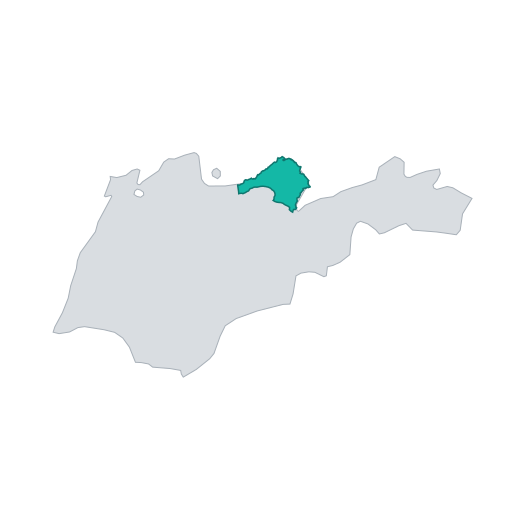 location of Vardenis, Gegharkunik, Armenia, rotated 299°
{"feature_id": "60910142B17945932108202", "entity_name": "Vardenis", "entity_type": "district", "adm_level": 2, "iso_a3": "ARM", "parent_name": "Armenia", "parent_adm1": "Gegharkunik", "projection": "mercator", "projection_center": [45.706, 40.224], "detail": "fine", "context": "in_parent", "style": "filled", "palette": "teal", "viewbox_px": 512, "rotation_deg": 299, "n_neighbors": 0, "source": "geoboundaries", "source_scale": "gbopen_adm2", "svg_char_len": 7509}
<svg xmlns="http://www.w3.org/2000/svg" viewBox="0 0 512 512"><g transform="rotate(299 256 256)"><path d="M230.4,309.0L226.8,303.1L208.6,283.8L191.7,269.0L180.1,262.9L168.5,263.5L150.4,266.5L143.7,265.3L127.9,258.8L114.8,251.1L116.6,247.9L119.4,245.6L116.0,235.6L108.7,219.5L109.5,214.4L107.2,207.4L104.6,202.1L114.9,189.5L119.7,179.3L120.7,169.4L117.9,159.0L111.1,140.3L107.0,134.9L99.2,129.8L92.6,121.4L91.0,115.5L96.5,114.4L112.5,114.2L128.1,112.2L140.3,108.3L157.9,105.0L165.2,102.1L173.7,100.7L199.4,103.8L209.1,101.4L238.1,101.0L238.8,99.8L234.9,95.8L234.9,94.3L252.2,91.8L254.9,89.9L257.1,96.2L263.6,103.2L270.7,106.1L274.5,109.9L274.7,112.9L262.1,116.4L261.3,118.2L262.1,119.9L265.9,120.8L283.4,129.6L293.4,129.8L298.7,132.4L301.3,137.7L309.7,144.8L316.4,151.7L316.8,154.1L315.5,157.6L296.8,171.1L294.5,175.7L294.2,180.6L302.4,195.2L314.5,211.2L331.9,223.3L356.0,236.4L356.3,244.5L352.4,254.1L349.2,260.6L347.7,265.0L344.8,266.9L320.9,266.5L317.3,268.1L315.7,269.9L315.6,271.5L324.2,274.4L337.6,284.7L345.3,294.7L353.4,299.0L362.4,306.9L369.6,314.3L380.9,323.8L393.4,320.7L410.2,329.2L410.9,334.9L409.8,340.1L399.3,345.7L398.0,348.0L398.0,349.9L399.4,352.7L405.5,357.3L412.8,364.0L421.0,374.2L417.4,377.2L409.7,377.6L403.8,376.4L401.7,378.5L401.8,381.8L409.5,389.5L411.1,395.1L410.7,404.8L411.1,417.0L393.0,416.2L377.5,422.1L371.7,420.9L367.8,410.5L364.5,402.1L354.6,380.4L357.3,371.4L351.8,366.3L338.5,357.0L335.1,353.2L337.0,347.9L338.3,338.3L337.0,330.5L333.5,328.1L326.9,328.0L318.8,329.9L302.7,337.4L291.4,332.6L285.0,327.8L281.2,323.7L272.8,327.1L270.8,325.4L270.3,315.4L267.8,309.9L262.8,303.6L258.0,300.6L240.8,306.8L230.4,309.0ZM257.2,126.7L257.7,123.0L256.9,119.6L254.1,118.5L250.7,119.4L250.4,123.1L251.5,126.7L254.9,128.2L257.2,126.7ZM312.7,183.7L308.7,186.0L305.0,184.9L305.0,179.2L307.7,176.9L310.8,177.0L313.7,179.1L312.7,183.7Z" fill="#d9dde1" stroke="#a8b0b8" stroke-width="1"/><path d="M317.8,268.2L317.8,267.8L317.8,267.3L318.0,267.0L318.5,266.9L318.8,266.8L319.0,266.5L319.8,265.7L320.4,265.6L321.7,265.4L323.1,265.4L324.0,265.5L324.3,265.4L324.5,265.0L324.9,264.7L325.1,264.5L325.7,264.3L325.9,264.1L326.2,263.9L326.4,263.8L326.8,263.9L327.2,264.0L327.3,264.2L327.7,264.9L328.0,265.1L328.6,265.1L329.1,265.0L330.0,265.0L330.6,265.1L330.9,265.1L331.3,264.9L331.8,264.5L332.1,264.3L332.4,264.2L332.7,264.3L333.1,264.6L333.3,264.8L334.1,264.7L334.5,264.8L335.1,264.9L336.8,265.4L336.8,265.2L337.2,264.7L337.3,264.5L337.6,264.4L337.9,264.5L338.5,265.2L339.0,265.7L339.2,266.1L339.3,266.5L339.3,266.8L339.6,266.9L340.2,266.8L340.4,266.9L340.6,267.2L341.0,267.9L341.0,268.2L341.1,268.5L341.5,268.9L341.8,269.0L342.3,269.8L342.5,269.8L342.8,269.8L343.0,269.6L343.1,269.3L343.2,269.0L343.2,268.6L343.2,268.1L344.1,267.3L344.2,266.8L344.2,266.5L344.4,266.3L344.7,266.3L345.3,266.3L346.0,265.5L346.2,265.4L346.5,265.6L346.8,265.6L347.3,265.6L347.5,265.6L347.6,265.0L347.7,264.7L347.9,264.4L347.9,264.1L348.0,264.0L348.1,263.8L348.3,263.2L348.5,262.8L348.8,261.9L349.0,261.5L349.2,261.2L349.3,260.9L349.2,260.4L349.2,260.2L349.4,260.0L349.6,259.8L349.7,259.7L349.8,259.2L350.2,258.8L350.4,258.5L350.6,258.3L350.6,258.0L350.5,257.8L350.5,257.1L349.9,256.3L349.8,255.9L349.8,255.5L349.9,254.9L349.7,254.6L349.7,254.3L349.8,254.3L350.0,254.3L350.3,254.4L350.7,254.3L351.0,253.9L351.2,253.6L351.3,253.4L351.5,252.9L352.0,252.7L352.5,252.6L352.8,252.6L353.1,252.6L353.4,252.4L353.7,252.4L353.8,252.3L354.1,252.2L354.5,252.0L354.9,252.3L355.0,252.2L355.3,252.1L355.6,252.1L355.8,252.0L355.8,251.7L355.6,251.3L355.4,251.0L355.2,250.6L355.1,250.3L355.1,250.1L355.0,249.9L355.1,249.6L355.2,248.9L355.5,248.2L356.0,247.1L356.4,246.5L357.0,245.8L357.0,245.4L357.0,245.1L356.9,244.9L356.5,244.5L356.4,244.3L356.5,244.1L357.0,243.8L357.1,243.6L357.2,243.3L357.1,242.8L357.3,242.7L357.5,242.3L357.5,241.6L357.6,241.3L357.7,241.0L357.2,240.4L357.2,240.1L357.2,239.9L357.4,239.8L357.5,239.7L357.8,239.6L357.8,239.4L357.6,239.3L357.6,239.2L357.5,238.8L357.4,238.6L357.5,238.0L357.1,237.1L356.8,236.9L356.3,236.5L356.1,236.4L355.7,236.2L355.6,235.8L355.5,235.5L355.3,235.4L355.0,235.2L354.3,234.8L354.0,234.7L353.8,234.6L353.6,234.4L353.2,234.3L353.0,234.1L352.9,233.8L352.8,233.6L353.0,233.1L353.3,233.0L353.5,233.0L353.7,233.4L353.8,233.7L354.7,233.9L354.9,234.1L355.1,234.1L355.2,233.8L355.3,233.4L355.4,233.2L355.4,232.9L355.6,232.4L355.6,230.7L355.3,230.6L355.1,230.5L354.8,230.4L354.5,230.3L354.1,230.2L353.5,229.5L352.9,229.2L352.7,228.8L352.6,228.4L352.5,227.9L352.5,227.7L352.1,227.8L351.5,227.7L351.3,227.7L351.1,227.7L350.7,228.2L350.6,228.3L350.3,228.3L349.7,228.2L349.2,228.3L348.9,228.4L348.7,228.4L348.3,228.3L348.0,228.1L347.5,227.9L347.3,227.8L347.2,227.6L347.2,227.1L347.2,226.8L346.8,226.5L346.4,226.3L345.7,226.1L345.3,225.9L343.8,225.5L343.4,225.3L343.0,225.1L342.4,224.8L342.0,224.7L341.8,224.7L341.4,224.5L341.2,224.4L340.9,224.3L340.6,224.3L340.0,224.2L339.8,224.0L339.6,223.6L339.1,223.6L338.9,223.7L338.2,223.7L337.5,223.5L337.4,223.4L337.3,223.2L337.3,222.9L337.1,222.6L336.8,222.4L336.1,222.3L335.8,222.2L335.6,222.1L335.3,222.1L334.4,221.4L334.2,221.4L334.0,221.2L334.0,220.9L333.7,220.7L333.5,220.4L333.2,220.3L332.5,220.1L332.3,219.9L332.1,219.9L331.7,220.0L331.2,220.1L330.9,220.1L330.7,220.0L330.5,219.7L330.3,219.6L330.1,219.6L329.6,219.4L329.3,219.4L329.0,219.3L328.8,219.1L328.6,218.9L328.3,218.9L328.2,218.7L328.1,218.2L327.8,218.1L327.5,218.1L327.3,218.2L327.1,218.0L326.9,218.0L326.7,218.1L326.2,218.3L325.4,218.2L324.9,218.1L324.2,218.2L323.7,218.1L323.1,218.0L323.0,217.9L322.9,217.7L322.8,217.4L322.8,216.9L322.8,216.7L322.5,216.4L322.2,216.4L321.7,216.0L321.7,215.5L321.7,215.3L321.6,215.1L321.6,214.9L321.6,214.7L321.7,214.4L321.8,214.2L321.2,213.9L320.8,213.6L320.3,213.4L320.2,213.2L319.8,213.0L319.6,212.8L319.5,212.6L319.2,212.3L318.9,212.2L318.6,212.0L318.3,211.8L318.0,211.3L317.9,211.0L317.9,210.6L317.8,210.2L317.5,209.9L317.1,209.7L316.9,209.5L316.5,209.3L316.1,209.3L315.7,209.5L315.3,209.4L315.0,209.5L314.4,209.8L314.0,209.7L313.9,209.7L313.6,209.6L313.0,209.3L312.7,209.0L312.1,208.6L311.8,208.3L311.6,208.1L311.3,207.9L311.1,207.8L310.9,207.7L310.3,207.4L310.0,207.1L309.7,206.7L309.6,206.3L309.5,205.8L309.4,205.6L309.1,205.6L308.9,205.7L308.7,205.9L303.7,209.7L302.1,210.7L302.7,211.3L303.0,211.7L303.2,211.9L303.5,212.4L303.9,213.0L304.1,213.5L304.1,214.1L304.2,214.4L304.7,214.7L305.8,215.6L306.6,216.2L307.6,216.6L307.9,216.8L308.8,217.6L309.6,218.0L310.5,218.0L311.6,218.1L311.9,218.2L312.1,218.3L312.3,218.5L313.2,219.4L313.5,219.8L313.9,220.0L314.3,220.2L314.6,220.5L314.9,220.6L315.2,221.0L315.6,221.4L316.0,222.1L316.1,222.3L316.3,222.8L316.5,223.0L316.7,223.5L317.0,223.9L318.0,225.0L318.8,225.9L319.2,226.4L320.0,227.6L320.2,227.9L320.4,228.3L320.7,228.9L321.0,229.8L321.1,230.1L321.4,230.7L321.6,231.5L322.0,232.8L322.1,233.2L322.2,233.6L322.2,234.6L322.3,235.0L322.3,235.5L322.2,236.3L321.9,237.3L321.8,237.6L321.7,237.8L321.6,238.1L321.7,238.6L321.6,239.3L321.5,240.0L321.1,240.7L320.9,241.1L320.3,241.8L319.8,242.3L319.2,242.7L318.6,243.1L318.3,243.3L317.8,243.3L317.3,243.3L317.0,243.2L316.3,243.3L316.0,243.4L315.7,243.5L314.7,244.1L314.4,244.2L314.2,244.1L313.8,244.1L313.4,244.3L313.1,244.3L312.9,244.2L312.8,246.0L313.2,248.2L313.9,250.0L314.8,251.9L315.2,254.3L314.9,255.5L314.9,257.1L315.1,259.9L314.8,261.8L313.9,262.3L312.7,262.7L312.4,263.9L312.1,265.0L312.1,266.8L314.1,266.3L314.8,266.4L315.3,266.6L315.4,266.9L315.4,267.5L315.8,267.9L316.7,268.1L317.8,268.2Z" fill="#14b8a6" stroke="#0f766e" stroke-width="1.5"/></g></svg>